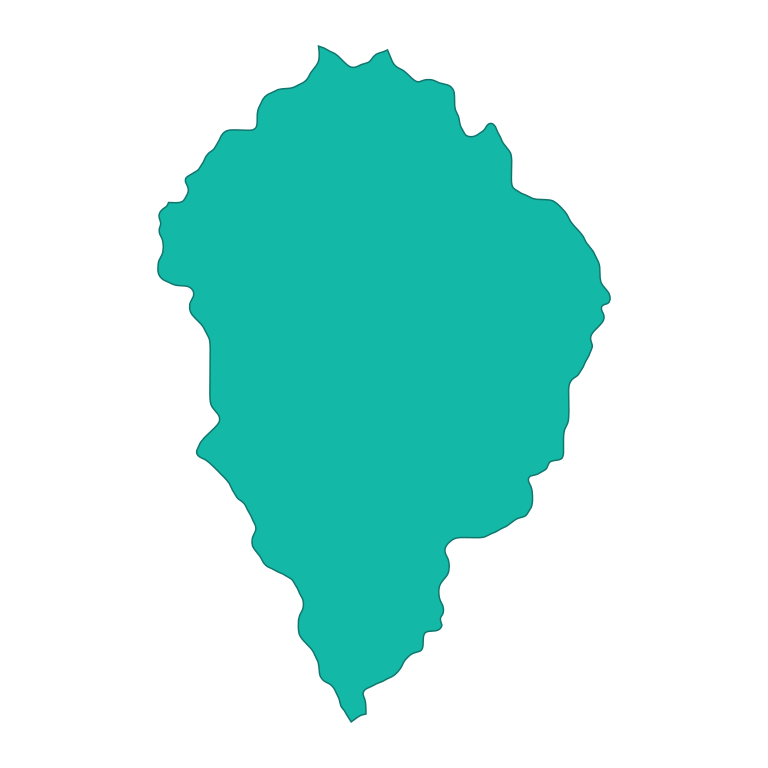 Hato Mayor del Rey, Hato Mayor, Dominican Republic
{"feature_id": "3306468B72856581619047", "entity_name": "Hato Mayor del Rey", "entity_type": "district", "adm_level": 2, "iso_a3": "DOM", "parent_name": "Dominican Republic", "parent_adm1": "Hato Mayor", "projection": "mercator", "projection_center": [-69.331, 18.711], "detail": "fine", "context": "isolated", "style": "filled", "palette": "teal", "viewbox_px": 768, "rotation_deg": 0, "n_neighbors": 0, "source": "geoboundaries", "source_scale": "gbopen_adm2", "svg_char_len": 6068}
<svg xmlns="http://www.w3.org/2000/svg" viewBox="0 0 768 768"><path d="M387.5,49.9L383.9,51.5L378.1,53.4L376.0,54.4L373.5,56.6L370.4,60.7L368.9,62.0L366.9,62.9L361.5,64.5L356.6,66.8L354.3,67.3L353.1,67.4L350.8,67.0L349.6,66.5L347.6,65.2L344.8,62.7L338.4,56.4L336.5,54.8L334.5,53.4L330.1,51.4L324.0,48.0L318.5,46.1L319.1,51.0L319.2,56.2L318.8,59.9L318.1,62.3L316.2,65.6L310.8,72.6L308.0,77.9L305.9,80.5L303.2,82.6L293.9,87.2L290.4,88.2L281.7,88.9L278.1,89.6L267.7,94.5L265.0,96.6L262.9,99.3L258.8,107.6L258.0,109.8L257.3,113.7L257.1,122.9L256.8,125.3L256.0,127.5L255.2,128.4L254.3,129.1L252.3,130.0L248.8,130.3L235.4,129.9L230.0,130.0L227.5,130.6L226.2,131.0L225.2,131.6L223.4,133.0L221.3,135.7L218.8,140.9L214.4,148.4L213.0,149.9L208.8,153.0L206.6,155.5L205.4,157.5L203.5,161.7L198.8,169.2L197.3,170.6L187.5,176.5L186.1,177.9L185.6,178.8L185.4,179.8L185.5,181.9L187.9,187.3L188.3,189.6L188.3,190.7L188.1,191.9L187.4,194.0L184.9,198.6L183.6,200.4L182.8,201.1L181.9,201.7L180.8,202.1L178.5,202.6L174.9,202.7L168.5,202.5L167.8,204.4L166.7,206.1L166.0,206.8L162.7,209.1L160.5,211.4L159.5,213.3L159.0,215.6L159.2,217.8L160.4,221.5L160.7,223.3L160.5,225.1L159.3,228.8L159.2,231.1L159.3,232.2L159.9,234.4L161.8,238.3L162.6,240.5L163.0,243.0L163.3,246.7L163.0,250.5L162.6,253.0L161.7,255.2L159.1,260.2L158.4,262.6L158.1,265.0L157.9,270.1L158.2,272.6L159.0,274.9L160.2,276.9L161.8,278.6L163.7,280.0L172.0,283.9L174.2,284.8L177.8,285.5L185.2,286.0L187.6,286.4L189.8,287.4L191.6,288.8L192.9,290.6L193.4,291.7L193.7,294.0L193.4,296.3L190.5,302.0L189.8,304.3L189.6,308.0L190.0,310.4L190.9,312.8L192.2,314.9L194.7,317.7L201.0,324.1L203.3,327.1L208.7,337.5L209.5,339.8L210.0,343.7L210.2,347.7L209.9,393.8L210.0,397.8L210.3,401.7L210.9,404.3L211.9,406.6L213.4,408.7L218.1,414.4L219.2,416.6L219.5,417.8L219.6,420.2L218.9,422.5L217.5,424.6L214.0,428.4L204.4,437.6L201.1,441.6L199.8,443.7L196.8,450.5L196.6,452.5L196.8,453.5L197.8,455.3L199.3,456.7L201.2,457.8L205.3,459.7L209.4,462.8L215.1,468.2L224.4,477.6L227.0,480.5L229.3,483.5L232.4,490.0L236.9,497.5L238.3,499.0L241.0,500.8L242.6,502.1L244.2,503.7L245.5,505.6L247.5,509.8L250.9,515.8L252.8,520.2L254.8,524.2L255.6,526.2L255.9,528.6L255.5,530.9L252.8,536.7L252.2,539.1L252.0,542.7L252.4,545.2L252.7,546.4L253.3,547.5L254.7,549.7L260.2,556.7L263.6,562.9L265.9,565.4L267.8,566.8L272.1,568.8L278.1,572.0L282.5,573.8L291.1,578.9L291.9,579.6L293.2,581.3L297.7,588.9L299.6,593.4L302.3,598.4L302.7,599.4L303.3,601.9L303.4,605.6L303.0,608.0L302.3,610.2L299.7,615.2L298.5,619.9L298.3,626.4L298.5,630.2L298.9,632.7L299.6,635.1L301.5,638.3L304.0,641.2L311.0,648.6L312.5,650.6L313.7,652.7L318.1,662.1L318.8,665.8L319.5,673.2L320.0,675.5L320.5,676.7L321.7,678.6L323.2,680.3L325.0,681.6L330.0,684.2L331.7,685.7L333.2,687.4L334.5,689.3L339.0,698.6L340.4,704.3L341.0,706.3L342.1,707.9L344.5,710.9L346.6,714.6L351.2,721.9L357.3,717.4L360.3,715.6L362.5,714.8L366.0,714.0L365.9,707.4L365.5,702.4L364.7,699.0L363.6,696.2L363.1,694.4L363.1,693.4L363.3,692.4L364.2,690.6L364.9,689.9L366.6,688.6L371.7,686.3L376.7,683.7L382.3,681.5L387.3,678.8L391.7,676.8L394.6,674.9L397.5,672.2L400.0,669.1L401.4,666.9L404.1,661.5L405.6,659.5L408.3,656.7L410.2,655.0L412.3,653.7L414.5,652.8L419.7,651.3L421.4,650.1L422.0,649.2L422.5,648.1L423.0,645.8L423.3,638.4L423.6,636.0L424.4,633.8L425.1,632.9L426.0,632.2L428.2,631.4L435.6,630.8L438.0,630.1L438.9,629.6L440.5,628.3L441.5,626.6L441.8,625.7L441.8,624.7L440.5,620.6L440.4,618.8L440.8,617.1L442.6,614.3L443.0,613.4L443.4,611.4L443.5,609.1L442.8,605.7L440.4,600.7L439.5,598.3L438.9,594.3L438.8,590.2L439.5,586.1L440.6,583.7L442.0,581.6L446.8,575.7L448.0,573.5L448.8,570.9L449.2,566.9L449.1,564.1L448.7,561.4L448.0,558.9L445.6,554.0L445.0,551.8L444.9,550.6L445.2,548.3L445.6,547.1L446.9,544.9L448.5,543.0L451.4,540.5L453.6,539.1L456.1,538.1L458.8,537.7L461.6,537.5L478.5,537.7L482.6,537.4L485.2,536.7L491.3,533.7L495.7,531.9L501.6,528.5L506.0,526.5L508.1,525.1L514.2,520.5L516.3,519.1L518.5,518.2L523.8,516.7L525.7,515.7L527.1,514.1L531.1,507.6L531.9,505.3L532.5,501.3L532.5,495.7L532.0,490.3L531.0,486.6L529.2,482.9L528.5,481.0L528.4,479.0L528.7,478.0L529.3,477.1L530.0,476.4L530.9,475.9L536.0,474.7L538.1,473.9L545.5,469.6L546.8,468.1L548.3,464.5L549.2,462.8L549.9,462.1L550.8,461.5L552.9,460.8L558.6,459.9L560.8,459.1L561.7,458.4L562.4,457.6L563.1,455.6L563.5,453.3L563.5,438.7L563.7,434.6L564.1,432.0L564.7,429.5L567.6,423.3L568.3,420.8L568.6,418.2L568.9,411.3L568.6,390.5L568.9,386.5L569.5,383.9L570.5,381.7L571.8,379.9L573.4,378.4L576.8,376.1L578.3,374.7L583.0,367.3L585.4,361.9L588.8,355.9L591.7,348.7L592.3,346.8L592.2,344.9L591.1,341.3L590.6,339.3L590.7,337.0L591.0,335.8L592.1,333.6L593.7,331.5L600.2,324.8L601.9,322.8L603.3,320.6L603.7,319.4L604.0,318.3L604.0,316.0L603.4,313.9L602.1,311.3L601.5,309.5L601.4,307.6L601.7,306.7L602.2,305.9L602.9,305.3L604.4,304.5L606.9,303.8L608.5,302.8L609.2,302.0L609.9,300.0L610.1,298.9L610.0,296.6L609.3,294.3L608.8,293.1L607.4,291.1L602.5,285.1L601.3,282.9L600.8,281.7L600.1,277.7L599.7,266.9L599.2,264.3L598.4,261.9L593.2,251.4L586.1,242.3L583.4,236.8L581.9,234.6L579.4,231.6L573.8,225.5L571.3,222.4L569.9,220.2L567.1,214.7L564.8,211.5L561.1,207.5L557.2,203.7L553.9,201.4L552.7,200.8L550.2,200.1L546.1,199.7L536.7,199.3L532.8,198.5L526.6,195.5L521.2,193.2L514.8,189.2L513.1,187.7L512.1,185.6L511.5,182.1L511.4,178.2L511.7,160.7L511.4,156.7L510.9,154.2L510.5,153.0L509.2,150.8L503.6,143.7L502.3,141.6L500.4,137.1L497.7,132.1L495.5,126.9L494.3,125.2L492.7,123.9L491.8,123.5L490.7,123.4L489.7,123.6L488.8,123.9L488.0,124.5L486.7,125.9L484.7,129.2L483.4,130.7L477.1,135.0L475.0,136.0L472.7,136.6L470.3,136.7L468.0,136.3L466.0,135.3L464.6,133.6L460.9,126.9L460.1,124.7L459.0,118.7L458.4,116.3L455.5,110.1L455.0,107.7L454.7,105.2L454.5,96.3L454.2,92.6L453.4,90.2L452.9,89.2L451.5,87.4L449.7,85.9L447.5,84.9L439.4,82.9L434.3,80.6L432.0,79.9L429.6,79.6L426.0,79.7L423.8,80.2L419.1,81.8L417.1,81.7L415.1,80.8L412.3,78.7L406.9,73.5L404.0,71.0L401.9,69.7L397.7,67.6L395.9,66.2L394.3,64.6L393.0,62.7L392.4,61.7L387.5,49.9Z" fill="#14b8a6" stroke="#0f766e" stroke-width="1.5"/></svg>